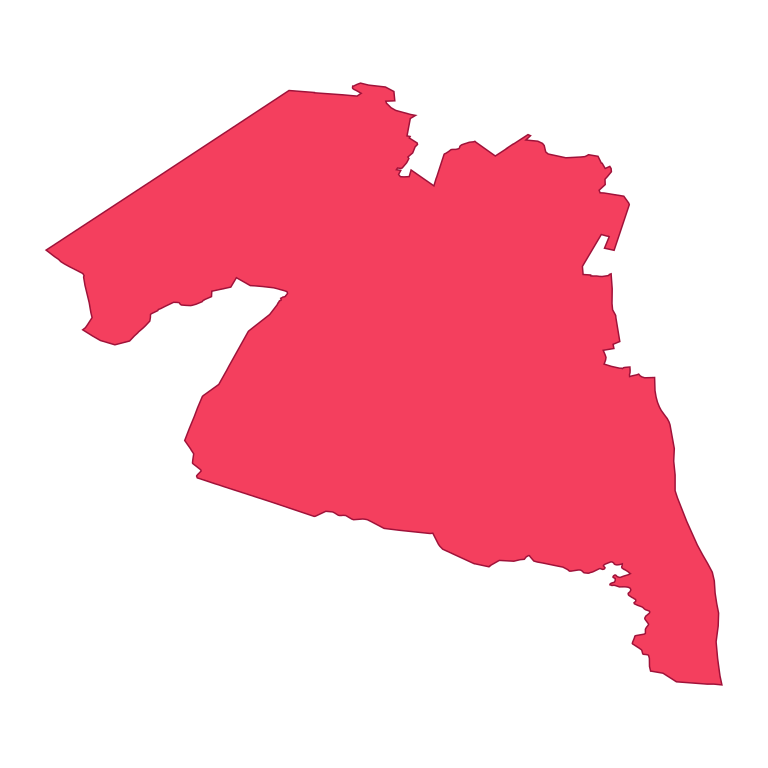 Dvietes pag., Ilukstes, Latvia (Equal Earth projection)
{"feature_id": "27541924B45614258589543", "entity_name": "Dvietes pag.", "entity_type": "district", "adm_level": 2, "iso_a3": "LVA", "parent_name": "Latvia", "parent_adm1": "Ilukstes", "projection": "equal_earth", "projection_center": [26.269, 56.095], "detail": "fine", "context": "isolated", "style": "filled", "palette": "rose", "viewbox_px": 768, "rotation_deg": 0, "n_neighbors": 0, "source": "geoboundaries", "source_scale": "gbopen_adm2", "svg_char_len": 6071}
<svg xmlns="http://www.w3.org/2000/svg" viewBox="0 0 768 768"><path d="M82.7,329.8L92.9,336.2L100.4,340.5L114.9,344.8L129.6,341.0L134.3,336.0L138.0,332.6L138.3,332.1L143.0,328.1L145.5,325.7L149.8,321.1L150.4,317.4L150.5,314.4L151.6,313.6L157.8,310.6L158.3,309.5L160.7,308.6L165.2,306.3L173.6,302.3L176.9,302.4L178.8,302.6L179.4,302.9L180.3,304.3L181.4,305.0L186.2,305.4L190.7,305.6L192.2,305.3L196.1,304.2L202.1,301.7L203.4,300.2L204.4,299.9L204.6,299.6L211.5,296.6L211.8,291.2L230.8,287.1L236.4,277.7L250.3,285.6L254.4,285.8L262.5,286.5L273.8,287.8L284.4,290.7L286.4,291.4L287.2,292.0L287.5,293.5L286.7,294.6L285.6,295.8L285.6,296.2L285.0,296.6L283.9,296.9L282.8,297.1L282.3,297.5L280.7,298.3L280.9,298.7L281.1,299.0L281.0,299.3L281.1,299.9L281.0,300.3L280.7,300.5L279.9,300.6L279.4,300.9L279.3,301.3L279.1,301.4L278.5,302.6L278.2,302.7L278.1,303.1L277.7,303.7L277.1,304.9L269.7,314.5L254.0,326.8L248.7,331.0L248.2,331.6L229.0,366.0L226.2,371.3L225.7,372.1L218.8,384.4L203.4,395.5L202.4,396.4L197.6,407.7L194.3,416.5L189.3,428.6L184.7,440.5L190.8,449.2L191.1,449.9L193.7,453.8L192.8,459.9L192.5,462.8L192.6,463.3L193.2,463.9L200.1,469.3L201.0,470.2L201.0,471.2L198.0,474.2L196.7,475.7L196.6,476.2L197.3,477.9L215.4,483.9L218.5,484.8L224.4,486.8L268.3,501.0L314.2,516.4L315.4,516.2L325.8,511.3L332.5,511.9L334.4,512.8L338.2,515.2L339.4,515.5L341.5,515.5L343.0,515.3L345.7,515.5L346.6,516.0L351.8,519.1L353.6,519.7L362.7,519.0L364.8,519.2L367.4,519.7L370.2,521.1L384.1,528.4L399.6,530.3L430.1,533.5L432.8,533.2L438.5,544.4L439.9,546.3L442.7,549.2L474.4,563.8L474.6,563.7L489.0,566.8L489.9,566.1L489.7,566.0L491.2,565.0L499.3,560.4L513.8,561.2L520.0,559.7L524.3,559.3L526.3,556.8L528.5,555.6L529.4,555.6L530.3,556.9L533.8,561.0L537.2,562.0L542.8,563.0L557.8,566.1L562.9,567.1L567.7,569.6L568.9,570.7L569.5,571.1L571.1,571.1L578.2,570.0L579.8,570.0L580.6,570.1L581.5,570.6L582.2,571.1L583.5,572.4L583.9,572.7L585.0,572.9L588.1,573.2L589.0,573.1L590.4,572.5L591.8,572.2L593.2,571.7L599.5,568.6L600.3,568.6L602.5,569.4L603.4,569.3L604.4,568.9L604.7,568.5L605.0,567.6L603.9,566.5L603.4,565.8L603.9,565.0L605.2,564.1L611.0,561.8L612.4,562.1L613.2,562.6L613.9,563.2L614.1,563.8L614.5,564.2L615.4,564.6L616.9,564.9L619.0,564.7L620.8,564.3L622.3,563.8L622.2,565.5L621.8,566.4L621.7,567.2L622.1,568.1L624.3,569.6L624.6,569.5L627.9,571.6L630.3,573.6L630.0,573.7L629.6,573.7L629.5,574.2L628.1,574.8L623.4,576.2L620.3,577.4L619.5,577.4L618.2,577.0L617.2,576.6L615.7,575.1L615.0,575.0L614.6,575.1L613.5,575.9L613.0,576.8L613.1,577.4L615.2,578.5L615.2,580.6L614.5,582.1L611.2,583.2L610.1,584.0L609.9,584.8L610.2,585.0L610.9,585.0L611.9,585.5L613.4,585.3L614.9,585.4L619.4,586.9L624.3,586.8L626.1,586.9L628.0,587.2L629.8,587.9L630.7,589.2L630.8,590.1L630.0,591.7L628.2,593.3L628.2,593.9L628.4,594.8L628.9,595.4L630.7,596.6L631.9,597.4L633.7,598.3L634.3,598.9L635.5,599.4L635.8,600.3L635.7,601.3L634.0,602.8L634.4,603.8L637.6,605.3L641.8,606.8L643.2,607.7L644.2,608.8L645.5,609.7L649.2,611.0L649.8,611.9L649.6,612.7L649.2,613.3L645.8,616.1L645.0,617.6L644.8,618.1L644.8,618.6L645.1,619.4L648.4,623.8L648.5,624.3L648.5,624.6L648.3,624.9L647.9,625.6L646.6,627.1L645.7,628.6L645.4,629.3L645.4,633.3L645.1,633.6L644.3,634.1L635.9,635.6L635.3,635.8L634.9,636.1L634.7,636.7L634.3,638.1L632.6,642.2L632.3,643.5L632.7,644.0L639.1,648.1L641.3,649.7L641.8,650.3L642.7,653.7L643.0,654.1L643.5,654.3L645.7,654.5L647.7,654.8L648.1,655.0L648.6,655.6L649.3,658.0L649.4,658.8L649.5,666.4L650.6,671.1L650.9,671.1L663.0,673.2L676.4,681.8L707.0,684.1L713.7,684.1L721.9,684.9L720.0,676.0L718.6,665.8L717.6,658.3L716.1,641.8L718.2,625.9L718.6,613.1L716.7,603.5L715.1,593.0L714.3,580.9L712.3,572.2L707.7,563.6L702.6,554.8L697.3,545.0L686.8,521.6L677.5,498.0L675.1,490.7L675.1,474.9L673.7,461.1L674.3,448.6L670.0,424.8L669.0,421.9L667.2,418.5L665.1,415.8L661.2,410.4L659.4,407.0L657.5,402.3L656.1,397.1L655.0,390.6L654.6,377.5L644.7,377.8L641.9,376.9L640.1,375.8L638.7,374.1L636.9,374.8L632.3,375.8L629.6,376.6L629.5,374.5L630.0,372.8L630.1,370.0L629.9,367.0L625.1,367.4L623.5,367.7L622.4,368.6L621.4,368.2L619.6,368.2L611.5,366.4L604.1,364.1L605.6,360.0L606.0,357.4L605.2,355.0L603.2,350.3L613.9,348.5L613.1,344.3L619.8,341.5L615.9,317.8L615.7,315.6L615.3,314.7L612.6,309.8L612.0,303.5L612.2,288.9L611.1,273.8L609.3,274.5L609.2,274.9L608.3,275.6L602.2,276.5L599.6,276.4L596.6,276.0L593.5,276.0L593.1,276.1L592.6,275.9L592.0,276.1L591.6,275.9L590.6,275.8L590.5,275.5L590.6,275.0L583.1,274.5L582.4,266.4L601.3,234.5L607.0,236.1L608.6,236.3L609.2,236.7L604.5,248.2L614.1,250.3L629.3,204.7L628.8,203.2L623.8,196.2L604.1,193.0L600.1,192.8L599.1,190.2L605.2,184.6L605.0,179.2L607.3,176.7L611.4,171.7L611.1,168.5L609.8,166.4L605.2,168.5L602.1,163.2L601.4,163.2L598.0,156.3L588.5,154.7L587.0,155.6L584.9,156.6L580.8,157.0L565.7,157.8L564.5,157.5L548.2,154.0L545.7,151.9L544.2,145.5L542.5,143.4L537.8,141.2L525.9,140.0L530.5,135.7L528.0,134.6L513.4,144.1L513.2,144.0L506.9,148.2L507.1,148.3L495.3,156.0L475.6,142.0L474.9,141.3L473.6,141.8L469.7,142.2L468.8,142.4L466.8,143.1L464.5,143.8L461.7,144.8L460.2,145.9L459.8,146.6L459.6,147.6L459.2,148.3L458.7,148.6L457.3,149.1L455.7,149.4L452.8,149.4L451.1,149.6L448.8,151.4L445.9,153.3L444.5,153.9L444.1,154.3L438.7,170.9L436.6,177.4L436.2,178.2L433.9,185.9L411.1,170.0L409.2,176.6L404.1,176.9L400.5,176.7L399.4,175.5L398.6,174.4L400.8,170.4L396.4,169.7L397.5,168.0L400.6,168.4L402.2,168.0L406.7,162.7L408.9,158.5L407.9,157.0L412.7,152.9L415.1,146.9L417.5,144.5L417.2,143.0L409.3,138.0L410.1,136.5L407.0,135.9L410.3,118.5L415.5,115.4L410.7,114.5L395.7,110.4L391.0,107.7L386.9,103.6L386.6,103.5L385.8,101.2L394.8,100.8L393.9,91.5L385.4,87.0L368.6,85.1L360.5,83.1L357.0,84.4L353.5,86.1L352.7,86.1L352.5,87.8L352.7,88.4L353.0,88.7L353.6,89.1L353.9,89.4L355.9,90.3L361.2,93.3L357.1,96.1L342.6,94.8L314.4,92.8L314.4,92.5L289.0,90.5L158.2,176.6L46.1,250.1L54.5,256.6L58.5,259.3L60.9,261.7L64.4,263.9L69.3,266.6L82.8,273.5L84.1,275.7L83.6,277.0L85.0,285.4L89.2,302.7L90.9,312.7L92.1,317.6L87.4,324.9L85.4,327.7L82.7,329.8Z" fill="#f43f5e" stroke="#9f1239" stroke-width="1.5"/></svg>